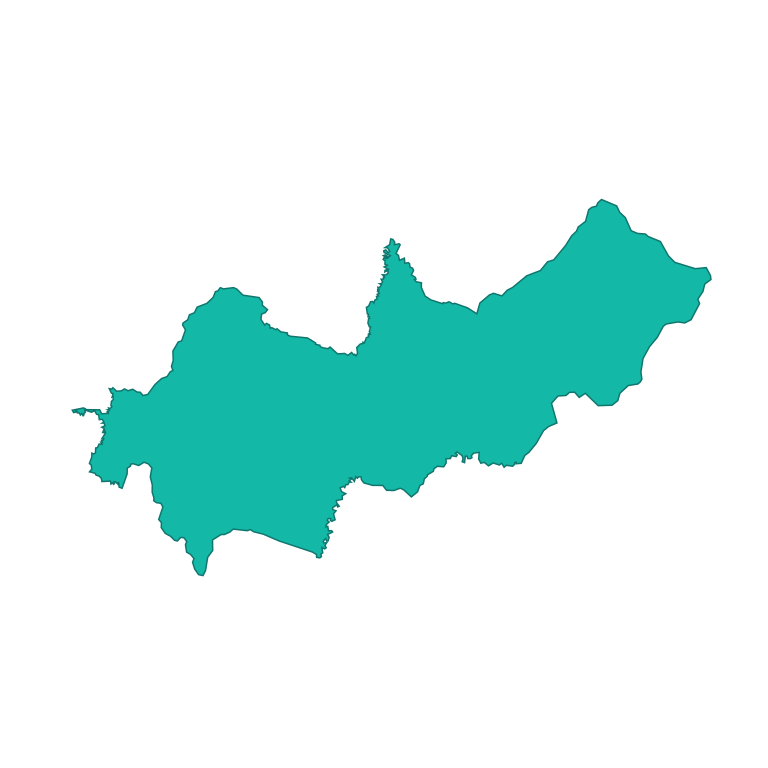 outline of Thoeng, Chiang Rai, Thailand, rotated 11°
{"feature_id": "78962969B30724272776962", "entity_name": "Thoeng", "entity_type": "district", "adm_level": 2, "iso_a3": "THA", "parent_name": "Thailand", "parent_adm1": "Chiang Rai", "projection": "mercator", "projection_center": [100.122, 19.692], "detail": "fine", "context": "isolated", "style": "filled", "palette": "teal", "viewbox_px": 768, "rotation_deg": 11, "n_neighbors": 0, "source": "geoboundaries", "source_scale": "gbopen_adm2", "svg_char_len": 6154}
<svg xmlns="http://www.w3.org/2000/svg" viewBox="0 0 768 768"><g transform="rotate(11 384 384)"><path d="M458.4,453.9L460.1,449.6L459.1,445.6L463.4,444.5L464.0,441.5L468.7,441.5L469.5,439.7L467.3,438.3L468.6,436.8L474.2,439.3L475.8,441.9L475.6,445.4L478.1,445.8L477.6,439.4L479.3,439.0L480.5,441.2L482.9,440.8L484.4,439.5L483.4,437.7L485.3,434.7L490.5,433.0L491.2,439.5L494.2,443.3L497.4,441.8L502.2,444.4L506.2,440.7L512.7,441.5L514.6,439.3L517.8,442.8L519.7,440.4L526.0,440.2L527.7,437.6L527.2,436.3L528.7,435.6L529.2,437.0L533.8,435.7L535.9,427.2L539.2,423.6L544.8,413.3L549.5,399.4L553.7,394.3L561.2,389.2L552.1,371.0L557.1,362.6L564.9,360.5L567.7,356.8L572.7,355.7L578.2,359.9L583.4,354.7L598.4,364.4L611.9,361.3L616.7,355.7L617.3,348.1L624.1,338.9L633.3,335.5L635.3,332.8L636.2,330.0L633.9,323.2L633.4,309.6L637.5,296.7L643.4,286.0L647.1,274.2L649.5,271.3L660.7,267.0L667.5,266.7L673.2,262.3L678.4,244.9L675.9,240.8L679.4,232.5L679.8,224.6L685.0,219.1L683.8,215.3L678.1,208.3L667.5,211.4L646.3,209.1L638.9,204.1L628.1,191.4L615.1,188.8L612.0,186.9L604.1,187.8L597.4,186.4L589.1,174.6L582.7,170.6L578.4,164.8L562.3,161.4L559.4,165.2L558.5,169.0L554.3,170.9L551.7,173.8L550.8,185.9L544.7,192.8L543.8,197.3L539.9,202.8L535.8,213.5L526.9,229.8L521.2,232.9L515.9,242.8L503.5,250.5L491.8,264.7L487.0,268.5L483.0,275.0L474.1,274.1L470.5,276.5L462.7,286.2L461.7,297.4L451.4,293.3L438.1,291.3L436.2,292.2L432.1,290.9L429.0,292.9L426.6,292.8L426.3,294.0L414.0,292.5L407.6,289.9L402.3,282.2L401.4,277.5L396.1,277.5L393.9,275.6L395.4,274.9L394.2,273.2L390.0,271.6L391.4,267.0L390.0,264.9L387.1,264.2L386.2,261.1L384.7,260.3L381.4,261.5L380.0,256.6L375.6,259.6L373.6,254.9L370.9,253.6L373.3,244.2L372.1,243.5L367.7,245.2L367.4,242.6L365.1,240.4L362.9,240.3L363.0,246.2L359.0,249.9L361.4,249.6L364.3,252.7L363.1,254.3L360.1,252.0L358.3,253.3L359.0,254.9L365.8,256.9L364.4,258.5L360.6,257.1L358.9,258.1L363.4,259.7L362.3,260.6L360.0,259.9L359.4,261.9L361.6,262.9L362.0,266.2L364.6,266.8L361.8,269.0L366.2,270.5L363.3,272.2L363.4,273.8L366.3,271.7L366.8,274.7L364.8,276.6L361.7,277.1L364.8,279.3L363.1,278.9L363.4,281.2L361.2,281.7L363.1,284.0L362.5,285.8L360.6,286.4L362.5,287.1L361.1,290.3L359.5,290.2L360.3,292.0L359.3,292.8L360.5,292.5L360.0,293.8L361.1,293.6L360.6,294.7L362.1,296.0L360.2,297.3L361.8,298.7L359.9,299.5L361.1,301.9L359.1,303.1L358.6,306.5L357.1,305.2L355.1,305.8L354.1,310.4L352.1,312.1L354.3,318.4L355.5,318.5L355.4,320.9L357.3,320.6L356.4,321.2L357.3,322.1L356.4,322.7L356.6,327.3L358.8,330.7L359.9,330.5L359.6,335.4L360.6,337.1L359.8,337.5L360.8,338.0L359.2,338.8L359.9,340.7L357.9,341.8L356.9,347.4L355.4,347.0L355.7,348.2L353.1,349.3L350.3,353.4L352.2,359.1L351.1,361.7L349.6,360.4L348.8,361.4L346.2,359.2L343.1,362.8L339.6,361.5L332.7,363.3L324.0,358.0L322.3,360.0L317.0,360.1L314.3,359.5L313.7,358.2L309.2,358.1L309.1,356.8L300.1,353.4L282.7,355.0L279.7,354.1L279.4,352.3L272.8,352.5L268.5,350.2L267.2,351.3L263.1,350.1L261.6,350.9L260.4,347.9L257.0,346.9L255.6,348.9L250.9,344.1L250.5,338.7L253.7,336.7L255.5,333.3L249.6,329.9L249.0,326.7L244.9,323.0L228.6,323.7L221.4,318.9L217.9,318.1L208.2,321.3L204.9,320.7L203.2,324.3L200.9,325.5L199.8,331.5L194.8,338.6L185.9,344.2L184.3,350.2L179.8,353.2L179.1,358.4L175.1,362.5L175.0,364.4L178.8,368.8L177.1,380.3L174.0,382.0L170.5,391.9L172.6,401.2L172.0,407.3L174.2,411.0L171.8,412.8L169.7,418.1L164.7,421.0L159.3,428.2L154.1,439.3L149.6,441.3L146.3,438.6L143.1,439.0L138.3,437.1L133.9,439.5L130.2,438.3L127.4,440.9L122.9,442.1L118.6,439.4L117.5,441.0L115.2,441.0L118.2,445.0L120.0,445.2L119.6,448.7L120.5,448.1L121.2,451.0L119.8,453.0L120.0,457.1L121.2,458.2L119.9,460.3L118.2,460.1L118.9,461.4L117.8,461.9L119.3,462.1L117.8,463.8L119.0,464.1L118.8,465.6L117.8,464.7L117.5,465.8L112.6,467.1L109.8,463.6L97.1,465.9L93.7,464.8L83.0,469.2L84.8,471.3L87.0,470.3L86.3,468.8L87.3,468.0L88.5,470.9L90.3,470.5L91.9,472.4L92.8,470.7L94.7,472.6L95.3,471.6L94.2,471.2L96.2,468.9L95.1,466.6L102.3,467.5L105.0,465.4L107.7,468.6L109.8,468.6L111.3,473.3L114.1,472.4L116.3,474.9L114.9,476.1L116.7,475.8L118.2,478.3L115.2,480.3L117.9,481.1L117.1,485.3L119.0,485.1L119.0,483.5L120.0,485.0L117.5,491.5L119.3,491.2L118.9,492.9L117.5,493.4L118.6,495.1L117.2,495.2L118.6,497.0L115.8,497.3L114.8,501.2L113.2,501.8L113.9,506.7L112.3,508.0L110.4,507.6L111.1,511.4L110.0,518.3L112.1,519.4L113.4,523.3L111.7,526.4L117.3,526.7L118.8,528.4L121.8,528.7L124.5,530.5L125.7,533.6L134.0,531.5L135.1,534.3L136.1,532.9L137.8,534.1L138.5,532.9L137.5,531.5L139.1,531.1L141.8,533.1L141.3,531.8L142.4,531.4L143.7,535.8L146.8,536.3L149.0,521.3L148.0,515.5L150.8,513.1L150.7,511.1L152.9,510.1L158.8,510.8L163.4,506.6L168.0,507.4L172.1,510.7L172.3,519.7L175.8,527.3L177.1,534.5L180.0,539.9L180.2,542.5L183.2,543.9L187.7,543.7L190.4,546.9L188.7,560.0L192.0,562.6L192.7,567.4L197.8,572.4L203.6,574.2L208.2,577.4L211.2,577.5L213.6,573.5L216.8,573.0L220.4,576.2L219.8,579.7L222.3,586.7L226.7,588.2L230.8,591.7L230.1,595.5L233.5,601.8L238.4,606.5L242.9,606.6L244.4,601.2L244.0,587.7L247.6,580.1L245.4,569.8L252.9,562.8L256.0,562.2L260.9,558.8L263.6,555.2L277.6,554.1L280.7,552.4L284.1,553.9L294.0,554.4L311.0,558.1L345.7,562.6L350.2,564.2L351.0,567.0L354.2,566.9L355.5,565.4L354.5,563.0L356.1,561.4L354.2,556.4L357.2,557.2L358.5,555.8L356.8,553.6L358.0,550.8L355.3,551.5L354.3,550.1L356.2,546.8L357.7,549.2L359.0,548.8L359.4,544.9L357.3,542.5L361.8,539.1L360.6,538.0L357.5,538.7L356.0,534.5L354.1,535.3L354.3,532.9L356.5,530.0L354.3,528.7L354.9,526.6L357.4,526.4L357.4,528.2L359.1,528.7L361.9,526.6L359.2,521.1L361.1,517.6L357.7,517.1L357.1,515.3L360.7,511.6L362.0,513.5L363.4,512.6L360.1,509.6L359.5,507.5L365.1,505.2L364.3,501.7L367.4,499.0L363.0,497.8L360.7,494.4L363.5,492.3L365.2,493.2L365.7,490.2L367.8,489.6L368.6,486.9L370.3,486.6L368.4,485.5L370.1,483.5L368.3,482.9L370.1,482.3L373.5,485.3L374.0,480.3L375.8,481.6L377.0,479.8L379.4,479.7L380.0,482.1L383.0,484.9L392.1,485.7L402.2,483.8L406.7,487.8L414.0,486.7L419.8,483.2L423.7,484.2L432.4,489.6L437.5,483.5L438.6,476.7L441.6,474.5L441.7,469.5L444.2,466.0L443.9,464.9L449.1,460.3L449.2,457.7L452.1,454.6L458.4,453.9Z" fill="#14b8a6" stroke="#0f766e" stroke-width="1.5"/></g></svg>